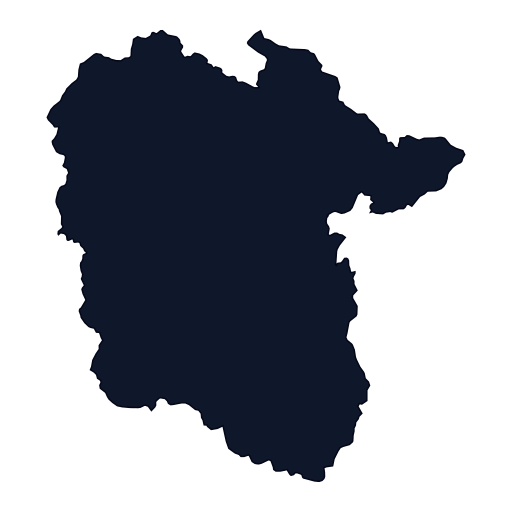 Khanh Vinh, Khánh Hòa, Vietnam (Albers equal-area conic projection)
{"feature_id": "81297802B87924827202169", "entity_name": "Khanh Vinh", "entity_type": "district", "adm_level": 2, "iso_a3": "VNM", "parent_name": "Vietnam", "parent_adm1": "Khánh Hòa", "projection": "albers", "projection_center": [108.858, 12.296], "detail": "fine", "context": "isolated", "style": "filled", "palette": "ink", "viewbox_px": 512, "rotation_deg": 0, "n_neighbors": 0, "source": "geoboundaries", "source_scale": "gbopen_adm2", "svg_char_len": 5884}
<svg xmlns="http://www.w3.org/2000/svg" viewBox="0 0 512 512"><path d="M173.0,404.4L181.4,402.8L185.5,402.8L189.3,404.5L195.4,409.4L198.7,410.1L201.3,413.4L201.7,417.6L203.1,420.0L204.2,424.8L206.9,425.0L207.6,426.4L211.2,429.4L217.4,428.3L223.0,425.7L226.4,441.3L228.9,448.4L235.1,452.9L239.2,454.4L241.0,456.4L244.0,456.4L248.5,454.9L249.6,455.9L252.2,461.5L255.0,463.3L257.0,463.7L258.8,463.8L261.4,463.1L268.3,459.8L269.3,459.8L271.1,460.7L273.4,467.0L273.8,469.5L275.9,471.0L280.2,471.0L287.1,469.6L289.6,473.8L290.6,475.0L291.3,475.2L293.6,474.5L295.2,472.7L297.4,472.7L301.3,474.1L302.0,474.7L302.7,477.1L303.4,477.9L314.6,480.9L319.2,481.3L322.0,480.4L323.8,478.6L324.5,476.7L324.4,472.3L323.8,468.2L324.1,467.6L326.3,466.7L332.6,465.8L334.0,458.9L338.0,450.9L340.2,447.6L343.0,446.3L349.4,444.5L352.2,442.0L352.7,441.0L353.0,435.3L353.9,431.3L353.9,428.2L355.3,425.3L355.6,422.2L358.1,418.9L358.9,416.3L361.8,413.4L357.8,406.4L359.4,403.5L361.8,404.0L366.8,400.6L366.8,390.1L369.5,385.5L368.4,382.0L365.1,378.6L364.1,373.5L363.4,372.1L359.8,367.1L356.3,359.9L355.3,357.1L354.2,349.9L352.3,345.1L351.5,344.0L347.0,340.3L345.7,337.4L346.8,333.1L348.8,322.4L349.9,320.7L356.0,315.9L356.7,314.3L357.0,306.2L352.1,297.6L352.5,297.3L352.4,295.7L352.9,294.7L356.9,290.4L353.8,284.3L353.8,281.1L352.7,278.7L353.1,276.7L354.9,273.3L354.9,271.8L352.6,272.4L350.8,272.4L350.4,271.9L349.8,268.7L348.6,265.5L348.4,260.6L347.7,259.0L346.5,258.3L344.6,258.5L342.5,261.6L341.0,263.0L337.8,263.4L337.0,264.0L336.4,265.4L335.6,264.9L336.5,251.4L337.0,249.3L339.2,245.2L345.3,237.4L342.1,235.1L339.2,234.6L337.0,233.3L334.5,233.3L330.3,235.5L329.0,235.4L328.0,234.5L329.0,228.7L328.4,226.7L326.5,223.9L326.1,221.2L326.6,217.8L328.1,215.7L327.4,215.0L331.9,212.2L334.1,211.3L335.9,211.3L341.4,213.3L344.3,212.8L349.9,210.3L352.1,207.6L357.5,194.6L361.5,191.7L362.6,192.4L364.8,194.9L370.2,195.4L371.2,196.2L370.9,199.6L373.4,201.7L374.0,203.0L371.4,204.2L370.2,206.1L370.2,208.1L371.7,210.1L370.5,212.3L372.8,211.7L376.1,213.2L382.9,213.7L385.8,212.0L390.3,211.3L392.1,212.0L398.5,208.7L403.5,208.6L405.0,207.3L406.3,204.9L407.6,204.2L408.8,204.3L411.8,206.2L419.6,196.4L424.3,193.9L427.4,191.0L436.0,190.7L441.1,188.6L443.6,186.4L445.8,183.0L447.1,178.5L447.5,174.5L448.8,171.7L452.4,167.5L454.2,166.0L456.9,164.2L460.5,162.6L461.7,161.4L462.7,158.1L464.7,154.6L462.8,150.7L455.9,148.4L450.3,145.3L445.3,139.1L444.3,138.2L441.9,137.5L439.7,137.4L435.0,138.1L424.1,138.3L419.4,140.2L416.6,139.5L409.2,136.0L407.0,135.8L405.0,137.7L400.6,137.9L399.9,138.3L399.8,141.4L398.4,145.3L398.8,146.6L397.8,147.8L395.2,147.5L394.4,146.9L392.4,143.6L390.8,142.3L387.7,143.1L387.2,142.8L386.3,138.0L385.3,135.7L384.3,134.7L380.8,133.7L379.4,132.9L378.2,128.9L373.5,123.8L368.2,119.0L366.5,115.8L365.5,114.7L364.3,114.1L357.5,114.3L356.1,113.7L350.7,109.5L345.3,106.2L344.1,105.0L342.8,102.3L338.8,101.2L337.7,98.5L337.6,96.8L338.5,90.7L339.3,89.1L339.7,87.2L337.0,78.0L335.0,76.7L321.7,72.1L320.3,69.8L320.6,68.3L321.7,66.0L321.6,65.3L317.9,61.5L314.3,54.5L313.5,53.8L310.3,52.9L307.9,50.4L304.8,49.8L290.3,49.2L289.0,48.8L286.2,47.1L278.7,46.0L275.1,44.0L270.5,40.7L268.3,39.7L263.8,38.7L260.6,30.8L256.0,33.5L254.1,35.1L248.0,41.7L247.6,43.0L248.6,44.7L258.4,52.0L265.3,55.9L267.5,58.7L267.6,60.5L266.4,63.3L265.4,68.6L264.2,69.9L260.4,71.3L259.1,72.4L258.6,74.4L258.5,80.0L256.9,83.5L256.8,84.3L259.0,86.8L258.8,87.5L257.9,87.8L254.4,87.8L252.4,87.0L245.8,83.4L242.4,82.1L238.4,82.4L237.5,82.0L236.4,80.5L235.5,77.6L234.3,76.7L232.4,76.5L229.1,77.2L226.1,76.5L221.9,73.1L221.5,72.4L221.7,70.3L220.9,69.0L219.8,68.3L215.5,66.9L213.8,68.0L213.1,67.8L211.2,65.0L206.7,63.4L207.2,60.2L206.2,58.8L202.4,55.8L199.2,54.2L194.8,53.2L193.2,54.3L191.5,56.3L190.3,57.0L187.6,56.5L185.4,57.4L184.6,57.4L183.8,56.9L180.5,51.9L180.6,50.3L182.4,47.2L182.4,45.8L179.9,43.2L179.6,40.9L179.0,39.5L177.0,37.4L176.0,36.8L167.5,35.1L162.5,30.7L160.6,30.8L156.9,33.8L155.5,33.6L153.7,32.6L152.6,32.6L152.1,32.9L150.9,35.8L150.2,36.4L145.9,38.7L141.0,38.1L137.7,36.7L133.6,39.3L132.9,44.3L131.5,49.1L131.2,55.6L130.8,56.8L128.8,58.0L125.0,58.2L120.8,60.9L116.1,60.7L110.8,59.3L108.7,57.9L104.4,57.3L103.3,56.8L100.9,54.5L96.2,53.7L94.2,54.6L84.1,62.7L80.5,64.1L79.1,69.7L78.6,76.8L77.8,78.5L76.7,80.2L72.2,83.6L66.9,88.9L65.6,91.8L62.7,95.7L60.8,100.5L59.8,101.7L54.0,106.2L51.0,109.6L47.3,117.4L48.5,119.8L53.3,124.7L54.4,126.6L54.9,126.9L58.0,126.7L58.9,127.2L57.1,134.6L54.6,138.8L52.4,141.1L52.4,142.2L52.9,144.4L56.6,151.6L59.8,153.5L63.7,154.4L65.2,155.6L65.6,157.4L64.6,162.8L63.1,165.6L63.9,166.7L67.3,168.5L68.9,173.0L67.1,176.0L67.2,180.3L66.0,184.2L64.4,185.7L61.9,186.4L60.2,187.6L58.0,192.1L56.3,199.4L56.1,201.7L56.6,203.8L58.0,207.2L59.3,209.0L59.7,211.0L61.8,216.0L61.6,224.0L63.1,226.9L61.8,228.7L58.4,231.4L58.1,233.9L58.5,234.6L60.2,233.0L60.9,232.8L64.0,233.4L65.4,234.3L66.7,236.0L67.1,239.6L67.7,240.2L68.6,240.2L71.7,238.8L72.6,238.8L73.4,239.4L73.7,241.4L74.3,242.2L78.4,241.8L80.0,242.6L80.9,245.6L83.7,248.2L84.7,250.6L86.7,252.6L86.7,253.4L83.6,254.8L83.1,255.8L83.0,258.8L82.0,261.5L80.8,262.9L80.5,265.7L81.3,270.7L82.7,274.1L82.3,277.2L81.6,278.4L81.6,279.1L84.5,285.1L84.4,285.7L82.5,288.1L82.0,289.4L83.2,293.8L86.1,300.0L81.3,308.0L79.7,309.3L79.4,311.1L80.9,315.2L81.3,317.5L84.9,322.7L88.9,326.5L90.7,327.3L94.3,328.1L96.4,332.1L99.1,332.3L99.9,333.1L101.3,337.5L102.8,340.3L99.3,345.5L99.4,349.2L96.3,353.7L92.9,360.2L91.7,366.9L90.5,369.8L93.9,371.8L95.9,373.7L96.7,374.7L97.6,378.3L100.0,379.8L100.8,380.8L101.2,382.5L99.9,385.3L100.4,388.3L105.7,392.4L107.6,396.7L109.1,399.1L112.7,402.4L117.4,405.7L122.2,406.7L130.1,407.4L138.0,407.5L140.3,407.2L144.4,405.2L145.6,405.2L148.3,406.2L151.4,410.5L154.7,407.0L155.6,405.2L155.5,402.1L156.1,400.9L159.3,398.0L160.6,397.7L165.1,398.5L167.5,400.9L168.5,403.3L170.6,404.6L173.0,404.4Z" fill="#0f172a" stroke="#020617" stroke-width="1.5"/></svg>